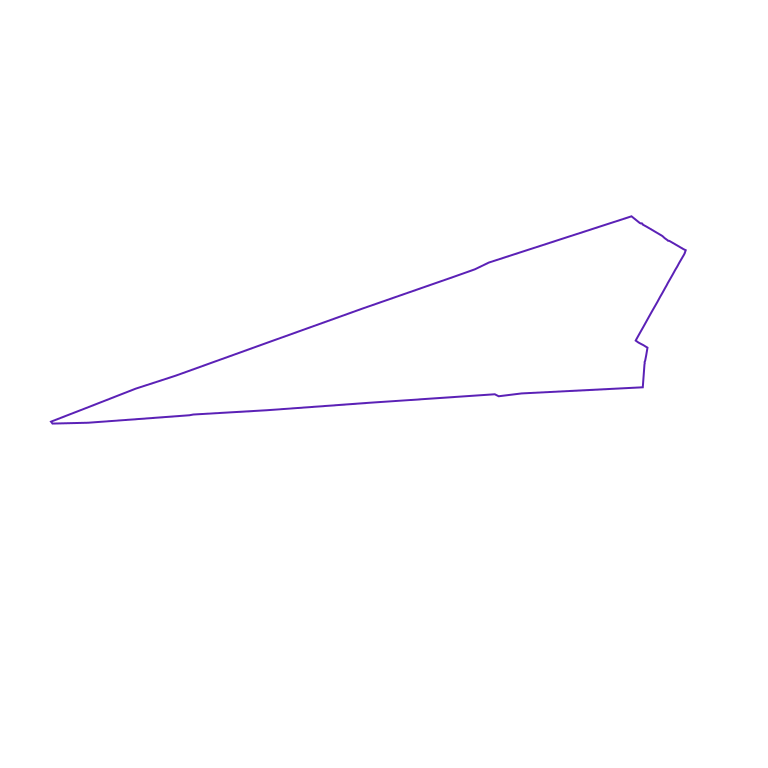 Port Fuad 2, Bur Sa`id, Egypt (Albers equal-area conic projection), rotated 72°
{"feature_id": "37247803B45623855174262", "entity_name": "Port Fuad 2", "entity_type": "district", "adm_level": 2, "iso_a3": "EGY", "parent_name": "Egypt", "parent_adm1": "Bur Sa`id", "projection": "albers", "projection_center": [32.32, 31.171], "detail": "fine", "context": "isolated", "style": "outline", "palette": "violet", "viewbox_px": 768, "rotation_deg": 72, "n_neighbors": 0, "source": "geoboundaries", "source_scale": "gbopen_adm2", "svg_char_len": 981}
<svg xmlns="http://www.w3.org/2000/svg" viewBox="0 0 768 768"><g transform="rotate(72 384 384)"><path d="M301.0,96.8L300.9,246.8L303.0,262.1L303.6,284.3L305.6,380.8L308.6,480.2L311.7,579.6L311.7,621.6L315.1,679.9L316.9,712.3L319.2,711.5L329.4,677.4L353.6,578.7L354.1,574.8L372.7,503.7L397.3,403.8L428.0,281.8L431.1,278.7L435.5,256.0L467.1,138.9L445.8,130.2L444.8,129.6L444.3,129.5L443.7,129.4L442.5,128.4L437.8,125.8L430.9,122.2L427.1,125.4L425.5,127.0L423.2,129.2L420.5,131.2L419.4,130.1L413.2,123.4L410.1,120.0L401.8,111.1L398.1,107.1L390.5,98.7L386.2,94.2L383.9,91.6L379.4,86.8L377.6,84.8L375.8,83.0L373.9,80.9L371.0,77.7L368.8,75.3L365.5,71.8L362.9,68.8L360.1,65.9L355.1,60.3L354.8,60.0L354.6,59.7L352.6,57.6L352.3,57.5L352.1,57.3L350.0,55.7L348.3,57.5L336.1,68.4L335.5,69.6L335.0,69.8L334.6,70.1L332.0,72.0L329.3,73.5L315.8,85.4L312.3,88.7L311.6,88.7L311.0,89.0L310.7,89.6L310.7,89.8L310.7,90.1L309.9,91.0L301.0,96.8Z" fill="none" stroke="#5b21b6" stroke-width="2"/></g></svg>